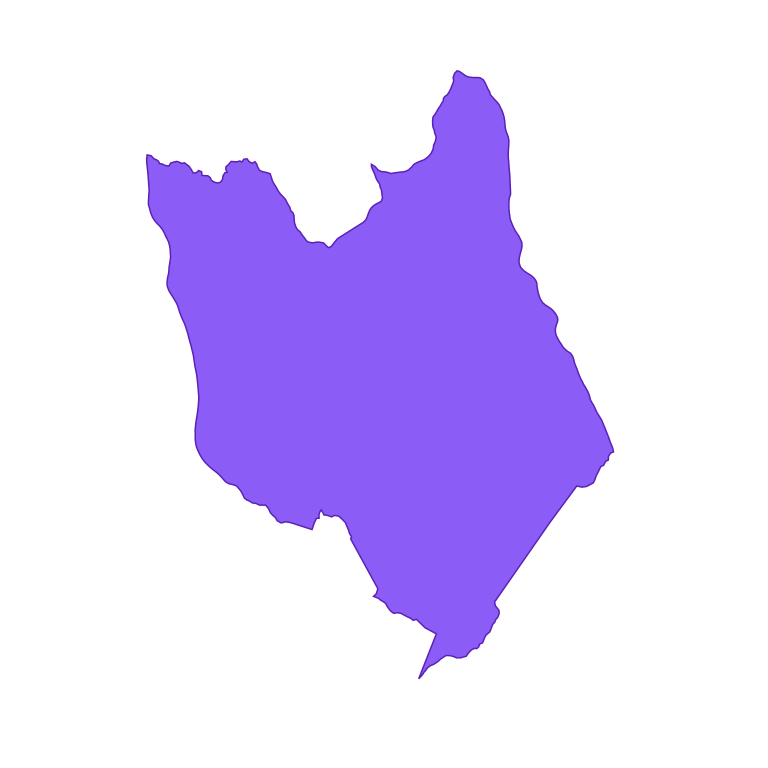 Tocantínia, Tocantins, Brazil (Robinson projection), rotated 342°
{"feature_id": "56859067B6986223411705", "entity_name": "Tocantínia", "entity_type": "district", "adm_level": 2, "iso_a3": "BRA", "parent_name": "Brazil", "parent_adm1": "Tocantins", "projection": "robinson", "projection_center": [-48.142, -9.618], "detail": "fine", "context": "isolated", "style": "filled", "palette": "violet", "viewbox_px": 768, "rotation_deg": 342, "n_neighbors": 0, "source": "geoboundaries", "source_scale": "gbopen_adm2", "svg_char_len": 6167}
<svg xmlns="http://www.w3.org/2000/svg" viewBox="0 0 768 768"><g transform="rotate(342 384 384)"><path d="M581.3,519.5L581.7,515.5L581.5,512.6L581.2,508.9L581.2,505.0L581.0,501.4L580.8,498.4L580.6,494.6L580.3,491.3L580.1,488.7L579.8,485.4L578.9,481.6L577.8,477.4L577.4,474.3L577.1,471.7L576.8,469.2L576.1,466.4L575.5,463.6L575.6,460.7L575.8,457.7L575.4,453.7L574.6,449.7L573.7,446.0L573.3,442.8L572.7,439.8L572.4,436.1L572.2,432.3L572.1,429.1L571.9,426.2L571.7,423.0L572.0,419.9L572.0,416.0L571.0,412.5L568.5,409.5L567.0,406.9L565.6,404.1L564.9,400.8L563.9,397.5L563.3,394.4L562.8,391.0L563.1,387.1L564.5,383.6L566.1,381.2L567.8,379.0L569.1,376.9L569.6,374.1L568.9,370.3L567.5,366.7L566.4,364.5L564.2,361.5L561.9,358.8L560.0,355.6L558.9,351.5L558.8,347.9L558.9,345.2L559.2,341.8L559.7,338.3L560.5,335.3L560.3,332.3L559.3,329.5L558.0,327.1L556.6,325.2L554.4,322.7L551.8,319.2L549.9,315.0L549.9,310.3L551.5,306.1L553.6,302.6L555.2,300.1L556.7,297.9L558.1,294.9L558.8,291.9L558.5,288.9L557.9,284.8L556.9,281.4L556.1,278.4L555.6,274.9L555.3,271.9L555.1,269.2L555.0,265.7L555.7,262.1L556.2,259.1L557.1,255.5L558.4,251.3L559.5,248.3L560.6,245.9L563.0,242.7L564.3,238.3L565.2,235.0L566.2,231.1L567.3,227.4L568.2,224.2L569.8,217.0L571.3,211.1L572.0,207.9L572.7,205.3L573.8,202.0L575.6,197.5L576.9,194.3L578.0,191.0L578.5,187.7L578.4,184.7L578.2,181.1L578.5,177.8L579.3,174.2L580.2,170.3L580.7,167.0L580.8,163.7L580.7,160.1L580.2,157.3L579.8,154.2L579.0,151.6L577.9,149.3L576.7,146.8L575.7,144.4L574.6,141.7L574.7,138.8L574.0,135.4L573.6,131.6L573.1,128.0L572.3,125.1L569.9,122.4L566.4,121.0L563.7,120.2L561.3,119.1L559.1,118.1L556.7,115.9L554.4,112.7L552.4,110.1L550.3,108.7L547.1,110.4L544.5,113.8L544.0,117.2L542.5,119.3L540.6,121.5L539.0,123.5L536.5,126.1L533.5,128.6L530.9,129.3L528.9,130.6L527.7,133.3L525.5,134.9L523.5,136.9L521.3,138.4L518.8,140.7L516.0,143.2L513.2,145.1L511.7,148.2L510.7,151.4L510.0,154.5L510.2,158.0L509.8,161.0L510.0,165.1L508.1,168.7L505.2,171.9L503.1,176.0L500.0,179.3L496.3,181.5L493.5,182.5L491.2,183.2L489.0,183.2L484.0,183.6L480.6,184.2L477.2,186.3L473.7,187.9L471.0,188.4L468.5,188.3L465.8,187.7L463.3,187.2L459.6,186.5L455.6,185.9L452.9,183.9L449.8,182.2L446.8,181.0L444.5,178.6L442.6,174.2L439.9,171.2L439.2,173.5L439.4,176.1L439.7,179.0L440.1,182.5L440.0,185.4L440.4,188.4L441.6,192.2L441.2,195.7L441.5,198.7L440.9,202.0L440.0,206.7L437.8,209.4L435.3,209.9L432.5,210.3L429.5,211.1L426.7,212.3L424.3,214.1L422.6,216.1L421.0,218.0L419.5,220.1L417.8,221.9L414.5,223.8L385.0,231.3L381.9,233.2L378.1,235.7L376.1,237.0L373.2,237.1L371.6,234.2L370.3,231.3L367.9,229.9L365.4,228.7L363.0,228.1L360.3,227.9L358.1,226.9L355.4,225.2L354.2,222.8L353.5,220.4L352.1,216.6L351.2,213.2L349.3,210.3L348.7,207.0L348.7,202.9L349.7,198.7L350.5,195.7L350.2,192.7L348.8,190.2L349.1,187.0L348.0,182.5L347.4,178.1L345.8,174.5L344.2,171.3L343.1,168.0L342.3,163.7L340.7,157.2L340.7,153.0L340.7,148.8L337.8,146.7L334.5,144.8L331.7,142.5L330.9,138.7L330.9,135.5L330.0,132.7L326.7,133.3L324.4,130.7L323.3,127.5L320.1,126.9L317.6,128.9L315.7,127.3L313.1,127.3L310.5,126.4L307.4,125.1L303.9,127.2L300.8,128.6L299.8,131.2L300.3,134.2L298.1,133.9L295.4,136.0L293.4,139.8L291.1,141.4L288.3,141.6L285.2,139.8L282.8,137.0L282.5,134.0L280.8,131.5L278.1,130.5L275.3,129.4L276.1,125.7L273.5,123.7L271.2,125.0L267.9,124.6L266.9,120.3L265.9,116.8L264.4,114.6L262.6,112.0L259.8,111.7L257.9,109.9L255.8,108.3L253.2,108.0L249.4,107.9L247.0,110.1L244.8,109.4L242.8,108.0L241.0,106.2L238.6,105.0L238.4,102.5L236.9,100.5L234.7,98.6L233.1,95.0L229.5,92.9L227.8,96.7L226.8,100.0L225.6,105.8L224.9,109.1L224.2,112.3L223.4,115.4L222.7,118.3L221.7,122.2L220.9,125.7L220.2,128.0L219.0,130.8L217.7,134.2L216.5,137.2L215.4,140.6L215.3,144.1L215.1,147.4L215.1,150.8L215.4,153.9L216.2,157.3L217.7,161.0L219.6,164.8L221.1,169.1L221.8,172.9L222.1,176.4L222.6,178.9L223.0,182.6L222.7,187.3L222.0,190.9L221.2,193.6L220.5,196.7L219.3,199.4L217.8,202.4L215.8,206.3L214.3,210.1L212.9,213.1L211.2,215.6L209.8,218.7L208.7,221.2L208.1,224.3L208.2,228.2L208.8,231.3L209.7,234.5L210.6,238.2L211.4,241.8L211.9,245.2L211.9,248.5L211.8,252.2L212.0,255.6L212.1,258.3L212.5,261.2L213.0,265.8L213.0,270.1L213.0,275.1L212.7,279.0L212.5,282.7L212.4,286.1L212.2,289.5L211.9,292.9L211.7,296.0L211.4,298.7L210.9,301.7L209.7,308.6L209.4,311.3L209.1,314.2L208.5,318.5L207.7,322.3L206.9,326.1L206.0,330.1L205.0,334.2L204.2,337.7L203.2,341.1L202.0,344.0L200.8,347.0L199.3,350.3L197.7,353.7L195.5,358.1L193.8,361.3L192.6,363.8L191.3,366.8L189.9,370.1L189.1,373.1L187.8,376.9L186.8,380.7L186.3,384.5L186.3,387.4L186.5,390.2L186.9,393.4L187.4,396.0L188.1,399.0L189.5,402.9L191.0,405.9L192.6,409.0L194.7,412.3L196.4,414.8L198.6,418.2L200.8,422.8L202.1,425.8L203.2,428.2L205.5,430.8L209.1,432.9L212.3,435.4L214.7,441.3L215.5,445.7L216.0,449.4L217.8,452.1L219.8,453.6L222.0,456.4L225.3,458.0L228.3,460.8L231.3,461.7L234.0,462.6L235.7,466.9L236.2,471.4L237.6,474.5L239.4,477.2L240.2,481.1L243.3,484.4L248.0,484.7L252.2,486.9L270.6,500.2L272.9,497.0L275.2,494.1L278.3,490.9L280.8,491.6L281.8,488.1L283.4,485.9L285.3,484.4L286.1,487.1L286.4,489.9L289.4,491.3L293.1,494.2L296.3,493.7L300.0,495.6L302.4,499.6L304.5,504.0L304.8,508.6L305.1,512.3L305.0,515.6L305.9,519.1L304.4,521.0L314.9,576.7L313.3,579.1L311.6,581.3L308.4,582.7L312.8,586.4L314.0,588.6L315.9,590.6L317.7,593.1L318.4,596.9L319.3,599.7L320.3,602.2L322.4,605.1L326.1,605.7L329.2,607.3L332.0,610.3L334.7,613.0L336.9,615.0L338.8,617.8L342.1,617.8L347.7,628.5L356.6,637.8L325.9,675.1L330.9,672.3L332.7,670.7L335.5,669.1L337.5,667.5L340.8,666.3L344.8,665.9L349.4,664.7L352.8,663.1L356.1,662.1L359.2,661.4L363.0,662.8L365.7,664.5L368.3,666.8L372.7,668.2L375.1,668.1L377.9,668.4L381.7,665.6L385.2,663.8L388.2,663.4L390.5,664.3L392.7,663.4L394.6,660.9L397.7,660.7L400.8,657.0L403.1,654.5L408.0,652.4L409.6,650.6L413.1,646.2L415.7,644.8L417.2,642.8L420.0,641.1L422.5,638.1L423.4,634.7L421.4,629.4L421.8,625.5L499.7,566.4L535.8,540.6L540.5,543.3L544.7,544.0L547.3,543.7L552.5,542.7L555.1,540.1L556.5,538.1L558.1,536.2L560.5,533.9L564.7,529.5L567.7,529.2L570.9,526.0L573.8,525.7L575.3,521.9L578.4,519.7L581.3,519.5Z" fill="#8b5cf6" stroke="#5b21b6" stroke-width="1.5"/></g></svg>